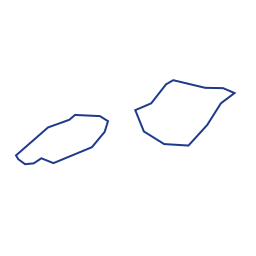 SVG path tracing the border of Samoa, rotated 139°
{"feature_id": "WSM", "entity_name": "Samoa", "entity_type": "country or territory", "adm_level": 0, "iso_a3": "WSM", "parent_name": "Oceania", "parent_adm1": "", "projection": "natural_earth1", "projection_center": [-172.071, -13.756], "detail": "fine", "context": "isolated", "style": "outline", "palette": "blue", "viewbox_px": 256, "rotation_deg": 139, "n_neighbors": 0, "source": "natural_earth", "source_scale": "50m", "svg_char_len": 474}
<svg xmlns="http://www.w3.org/2000/svg" viewBox="0 0 256 256"><g transform="rotate(139 128 128)"><path d="M93.9,75.1L111.3,92.2L118.3,115.0L110.8,136.7L94.3,131.4L70.5,136.0L62.5,134.4L43.4,107.7L30.1,95.7L24.7,84.5L41.7,85.7L66.3,78.3L93.9,75.1ZM230.5,180.8L188.0,180.9L166.9,172.7L159.4,172.6L141.4,155.4L138.6,146.3L148.1,140.4L167.8,137.2L207.3,150.4L213.3,162.0L222.4,163.2L229.4,168.2L231.3,176.4L230.5,180.8Z" fill="none" stroke="#1e3a8a" stroke-width="2"/></g></svg>